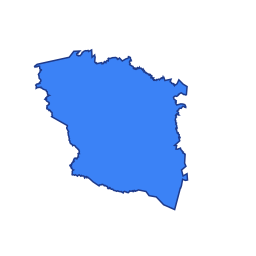 Balleza, Chihuahua, Mexico, rotated 338°
{"feature_id": "50627088B93456517929571", "entity_name": "Balleza", "entity_type": "district", "adm_level": 2, "iso_a3": "MEX", "parent_name": "Mexico", "parent_adm1": "Chihuahua", "projection": "orthographic", "projection_center": [-106.603, 26.712], "detail": "fine", "context": "isolated", "style": "filled", "palette": "blue", "viewbox_px": 256, "rotation_deg": 338, "n_neighbors": 0, "source": "geoboundaries", "source_scale": "gbopen_adm2", "svg_char_len": 5723}
<svg xmlns="http://www.w3.org/2000/svg" viewBox="0 0 256 256"><g transform="rotate(338 128 128)"><path d="M140.7,221.1L154.0,203.3L154.3,203.4L156.0,201.4L159.4,196.0L161.6,198.1L163.7,198.5L165.6,192.5L161.1,193.1L161.9,187.0L167.4,185.2L167.3,181.8L171.1,173.8L170.7,173.6L170.7,172.9L169.6,171.6L170.2,171.0L169.5,170.1L169.6,169.3L168.9,167.8L169.1,166.3L165.8,166.2L164.6,165.5L166.5,162.6L164.7,161.6L171.2,159.2L171.5,155.9L172.6,156.5L172.8,156.1L172.3,155.4L172.3,154.7L173.0,153.3L172.4,152.5L172.7,151.2L171.9,151.1L172.2,148.3L172.0,146.6L172.2,146.4L172.5,147.1L172.9,147.1L173.1,146.8L172.7,146.4L173.0,145.9L173.6,146.1L173.6,145.4L174.1,143.7L173.8,142.3L174.8,141.6L174.3,140.9L174.5,140.0L175.0,139.3L174.7,138.4L176.2,136.2L177.0,136.0L176.7,134.3L177.5,133.7L178.3,134.7L178.1,133.7L178.5,133.2L179.2,133.6L179.8,134.9L180.1,135.0L179.6,133.9L179.9,133.3L180.5,133.1L180.6,132.7L180.2,131.4L179.8,131.1L180.3,130.3L181.8,130.2L182.6,129.2L183.6,129.1L184.7,129.7L186.8,128.4L187.7,128.9L188.3,129.9L189.2,130.6L189.6,129.7L189.4,127.6L187.8,126.3L185.9,125.4L181.9,125.0L181.5,123.4L181.9,122.6L181.5,122.3L181.6,121.9L181.7,121.7L182.0,122.0L182.4,122.0L182.6,121.1L182.9,120.8L181.4,118.4L181.7,116.6L183.0,116.1L183.9,116.1L185.0,116.9L186.5,116.6L187.3,115.8L187.5,116.1L189.1,115.4L190.5,115.3L192.3,117.9L193.0,118.1L193.9,119.0L194.6,119.0L198.3,111.7L195.6,108.1L193.2,102.4L190.2,105.3L188.1,105.9L187.2,105.0L187.2,105.6L186.9,106.0L186.4,104.3L186.8,103.9L185.2,103.0L185.3,102.1L184.4,100.9L186.2,98.9L180.0,97.8L180.2,94.5L179.6,94.5L179.6,93.8L179.0,94.5L178.7,94.2L178.2,94.1L177.9,94.8L177.1,94.2L175.3,95.1L175.1,94.4L174.4,94.1L173.1,94.3L172.6,93.8L171.9,94.4L171.4,93.9L170.4,93.7L170.4,93.3L169.7,93.3L169.7,92.7L170.2,92.6L169.7,91.9L170.4,91.2L169.7,91.1L169.5,90.5L169.2,91.1L169.0,90.3L168.1,90.0L168.5,89.3L169.5,88.8L169.6,88.4L168.9,88.0L168.8,87.1L168.2,87.2L168.2,86.4L167.7,86.6L167.8,87.0L167.6,87.0L167.0,86.3L167.0,85.6L166.6,84.8L165.9,84.6L165.5,83.4L165.0,83.5L164.8,82.5L164.1,82.1L164.5,81.8L164.2,81.4L164.6,81.3L164.1,79.4L163.6,79.6L163.9,78.8L163.0,78.9L162.5,78.0L162.6,77.5L161.7,77.1L161.3,76.7L161.3,76.2L160.7,76.8L160.2,76.3L160.4,76.0L159.8,76.4L159.8,75.7L159.6,75.5L158.9,75.8L159.1,76.1L158.9,76.5L157.8,75.6L157.5,76.5L157.1,76.2L156.7,76.3L156.3,75.7L156.4,74.1L155.8,75.3L155.3,74.9L155.7,73.7L155.6,72.7L154.6,71.8L154.3,71.1L153.8,70.8L153.3,69.8L154.1,69.3L153.8,68.3L154.2,67.1L155.2,66.3L155.7,66.9L156.2,66.9L156.1,66.5L156.4,65.8L156.2,64.5L156.6,63.5L155.6,62.5L155.5,62.1L155.2,62.0L155.1,62.5L153.9,63.4L152.3,63.1L147.8,63.7L146.3,59.9L144.4,60.6L144.3,60.1L143.9,60.0L144.0,59.1L143.0,58.0L139.9,57.0L137.4,56.9L136.1,56.0L135.5,56.3L135.6,57.0L134.8,58.4L133.9,57.6L132.3,58.2L132.0,59.1L131.3,58.6L130.9,57.7L129.4,59.0L129.0,58.6L128.0,58.8L128.0,57.5L123.2,56.7L122.8,56.4L122.3,55.3L122.6,55.2L122.0,54.8L121.9,54.1L124.1,49.9L124.1,48.9L124.4,47.8L121.2,48.9L123.5,42.0L120.1,42.3L120.1,41.2L118.4,40.9L117.9,40.5L116.1,40.3L114.8,40.8L114.0,40.7L113.9,41.1L113.1,41.5L112.9,42.0L110.6,43.1L109.9,42.6L109.1,42.6L107.9,41.3L108.2,39.9L109.2,39.6L109.5,40.1L110.0,39.3L111.0,39.2L112.2,38.6L106.5,36.6L100.0,40.4L67.6,34.9L64.5,35.8L64.6,36.7L65.5,36.5L65.9,37.0L66.6,37.2L67.9,37.0L69.1,37.6L68.5,39.8L68.8,41.0L69.5,41.6L69.4,41.9L68.7,42.2L68.2,41.7L67.3,43.3L65.0,44.7L65.0,46.1L64.3,48.6L64.4,49.1L65.1,50.2L65.1,51.0L64.8,51.8L63.0,52.8L63.0,53.4L62.4,53.1L61.9,53.6L60.1,53.1L59.2,53.3L58.9,53.8L58.5,53.8L58.7,56.1L57.9,56.3L57.7,56.8L58.8,56.6L61.1,57.1L62.2,57.9L62.5,57.7L62.5,58.3L63.2,58.9L63.9,60.2L66.3,62.4L66.1,63.6L66.7,64.2L66.2,65.8L66.3,66.8L66.0,67.1L67.3,68.3L66.3,68.3L65.9,68.6L64.9,68.5L63.6,69.3L63.4,70.2L63.0,69.7L62.9,70.0L62.4,69.9L61.7,70.2L62.3,70.9L62.8,72.7L64.2,74.6L64.4,75.3L64.2,75.8L63.6,76.0L63.6,76.6L61.2,77.0L60.9,77.8L60.8,78.7L60.2,78.9L60.0,79.9L61.0,80.7L61.1,81.4L61.6,81.3L62.0,82.0L61.7,82.4L62.5,82.7L62.7,84.4L63.1,84.7L63.3,85.4L62.5,87.2L62.5,88.3L61.4,88.8L72.7,103.0L72.2,104.0L71.4,104.6L71.1,105.3L71.5,109.2L70.7,109.6L70.3,111.6L70.0,112.0L70.0,113.9L69.6,115.0L69.7,116.0L68.8,117.1L69.2,117.9L68.8,119.9L68.9,121.0L69.5,121.4L70.0,122.5L70.1,123.7L70.7,123.5L71.5,123.8L72.4,125.1L72.5,126.3L73.7,128.5L73.6,128.9L74.2,130.0L74.0,131.0L74.2,131.3L73.5,132.6L73.4,133.4L72.5,132.9L72.1,133.0L72.2,133.9L71.6,134.5L71.3,136.2L70.7,136.0L69.6,137.0L69.0,136.7L68.8,137.3L68.4,136.8L67.6,136.5L67.6,136.1L66.9,136.1L65.5,137.4L65.6,138.5L65.2,138.5L65.1,138.3L64.8,138.9L64.4,138.6L64.2,139.0L62.5,139.7L62.5,140.1L61.5,141.4L61.1,141.3L60.7,140.6L60.2,140.8L60.0,141.2L60.5,142.2L60.4,142.8L61.0,143.3L60.4,143.9L61.3,146.0L61.0,146.4L61.4,146.6L60.6,146.8L59.9,147.6L59.6,148.8L58.8,149.9L58.8,150.6L60.1,151.0L60.8,151.8L61.7,151.6L63.2,153.7L64.1,153.1L65.3,153.2L66.1,154.9L67.1,154.6L67.3,155.3L68.5,155.6L69.5,156.7L69.6,157.1L69.1,157.3L69.1,158.1L69.4,158.0L69.5,157.6L70.9,157.3L71.3,157.5L71.2,158.7L71.6,158.7L71.9,158.3L72.3,158.5L72.5,159.4L73.1,160.0L75.5,164.9L79.5,170.8L80.2,170.1L82.1,170.7L82.7,170.5L83.5,170.9L83.6,171.4L84.3,172.0L84.4,172.7L85.3,172.7L86.0,173.8L86.7,174.2L87.0,174.9L86.6,175.9L86.9,176.8L87.5,176.7L88.1,177.1L88.5,176.4L88.8,176.4L89.5,178.5L90.9,179.0L91.0,179.7L91.7,180.8L92.4,181.0L93.9,182.5L94.9,182.4L95.9,183.5L97.5,184.4L98.2,184.5L98.4,185.4L99.3,186.4L100.2,185.5L101.2,185.5L102.1,186.6L102.7,186.8L102.9,187.4L104.2,188.1L106.1,187.0L107.0,187.8L108.7,187.9L108.7,188.7L109.2,189.0L109.5,189.0L110.2,188.2L110.6,188.3L111.2,189.1L111.1,190.0L111.4,189.4L112.2,189.2L112.9,189.5L114.4,189.3L120.9,193.6L122.2,198.6L128.4,202.5L132.3,212.5L140.7,221.1Z" fill="#3b82f6" stroke="#1e3a8a" stroke-width="1.5"/></g></svg>